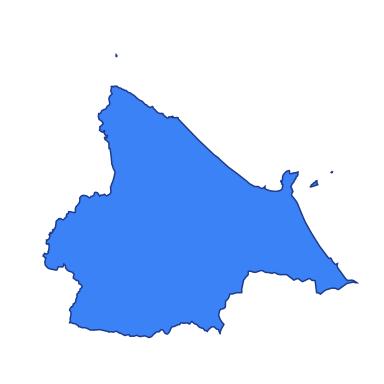 the district of Ky Anh, Ha Tinh, Vietnam, rotated 354°
{"feature_id": "81297802B12468750690576", "entity_name": "Ky Anh", "entity_type": "district", "adm_level": 2, "iso_a3": "VNM", "parent_name": "Vietnam", "parent_adm1": "Ha Tinh", "projection": "robinson", "projection_center": [106.198, 18.11], "detail": "fine", "context": "isolated", "style": "filled", "palette": "blue", "viewbox_px": 384, "rotation_deg": 354, "n_neighbors": 0, "source": "geoboundaries", "source_scale": "gbopen_adm2", "svg_char_len": 5989}
<svg xmlns="http://www.w3.org/2000/svg" viewBox="0 0 384 384"><g transform="rotate(354 192 192)"><path d="M38.3,246.2L38.5,249.5L40.7,252.5L42.6,253.6L48.7,255.5L49.7,255.2L51.2,252.3L55.4,253.1L56.0,252.7L56.7,251.2L56.8,250.2L57.1,250.2L58.3,251.9L58.4,254.5L59.8,256.5L61.0,257.7L64.2,259.1L65.9,261.0L66.2,261.6L65.3,263.5L64.9,265.1L67.9,268.0L69.1,268.0L69.7,268.6L70.0,269.4L70.0,271.5L71.5,272.0L72.7,274.2L72.4,275.5L70.5,276.8L70.2,278.5L69.7,279.2L68.6,279.5L68.5,280.4L66.9,281.6L66.7,282.3L66.8,283.9L65.5,286.4L64.8,289.0L63.2,290.8L62.3,290.8L61.4,293.4L60.1,293.5L58.2,295.7L57.9,296.8L59.0,298.6L58.9,301.2L57.5,305.5L57.6,307.2L56.6,309.2L58.5,309.3L59.4,310.1L62.4,311.0L64.7,313.0L65.3,314.2L66.6,314.4L68.5,315.5L71.6,315.8L73.3,316.6L76.3,318.6L80.0,319.1L85.9,319.2L92.9,321.6L94.0,322.0L94.5,322.6L97.0,322.5L98.7,323.1L102.3,322.6L103.0,322.9L104.1,324.2L106.9,325.4L109.8,327.5L110.8,327.7L113.0,327.2L114.4,327.3L115.1,328.9L119.3,329.3L122.2,328.7L123.6,329.7L125.4,330.4L129.8,330.1L131.2,330.6L133.6,332.1L135.2,332.1L137.4,331.0L139.2,329.2L140.0,329.0L141.8,327.5L144.9,327.5L146.6,325.9L147.4,325.8L148.3,326.0L149.0,326.7L150.2,329.5L152.2,330.7L152.9,330.6L154.9,328.8L156.8,325.4L157.5,324.5L158.7,323.9L160.3,323.9L164.3,322.5L165.7,322.6L167.2,321.1L167.8,320.9L170.0,321.7L173.2,321.6L174.2,321.9L174.8,322.7L176.0,322.9L178.0,320.8L178.4,320.7L180.6,323.2L183.3,324.5L183.9,325.8L185.6,327.5L189.0,329.0L190.3,331.2L191.4,331.2L192.6,332.3L194.0,330.6L197.2,328.3L199.2,328.2L200.0,328.5L202.1,330.9L203.6,331.3L204.1,332.0L204.6,334.5L205.5,336.4L205.2,334.7L206.9,331.2L209.9,327.1L209.5,326.2L208.4,325.1L206.6,321.4L205.6,317.5L206.6,314.1L207.4,312.4L208.4,311.6L211.5,311.2L213.0,310.1L213.4,308.3L214.0,303.9L215.0,303.5L217.3,301.3L219.0,297.4L222.3,297.6L225.1,296.8L230.9,297.3L231.2,296.3L231.1,294.5L234.0,285.3L236.9,282.0L238.5,280.9L239.3,279.8L239.5,277.6L239.7,276.9L240.4,276.7L241.9,276.9L245.4,278.4L247.1,278.5L252.2,277.3L253.5,277.4L256.7,279.6L260.2,280.2L263.1,281.3L265.0,280.7L266.1,280.8L268.2,282.5L270.8,283.4L277.5,284.0L284.1,290.3L287.9,289.1L288.7,289.3L292.2,292.6L293.4,292.5L299.0,290.4L300.0,290.4L302.1,292.4L305.2,293.0L305.4,305.2L307.1,305.5L309.1,307.0L314.4,303.5L320.9,302.2L324.4,302.7L327.2,304.3L328.0,304.0L336.6,299.1L342.9,298.5L345.5,299.4L346.7,299.5L346.2,299.0L345.6,299.0L345.2,298.4L344.5,298.2L344.1,297.4L343.5,297.0L341.6,296.3L339.6,296.4L337.2,296.0L335.8,294.5L328.9,282.4L328.5,280.5L329.2,278.4L327.5,279.0L326.7,278.8L324.3,275.4L323.4,272.6L322.9,272.2L321.0,272.2L313.3,259.4L306.5,245.4L301.5,233.8L299.8,228.5L295.5,213.9L294.2,211.3L290.9,206.1L290.7,205.2L290.8,204.5L292.4,202.1L292.1,201.7L292.2,201.0L291.7,200.8L291.8,199.1L290.6,197.3L291.7,196.1L291.9,195.0L294.3,192.7L295.5,190.7L296.6,189.6L297.1,188.0L298.5,187.1L299.2,185.7L299.2,184.5L299.6,183.2L299.1,183.1L297.5,183.9L296.5,183.5L291.8,184.2L291.0,183.4L291.2,181.6L290.9,180.8L288.8,181.1L287.5,181.8L284.7,184.3L283.6,186.6L283.4,188.8L282.9,190.1L281.7,190.0L281.4,191.2L282.4,191.5L282.1,193.5L283.1,194.1L282.8,195.8L282.3,196.6L282.3,198.2L280.3,199.5L278.7,199.9L275.6,200.2L270.3,199.1L267.1,197.7L265.1,196.5L264.9,196.2L265.2,194.1L263.3,195.5L262.0,195.8L260.7,195.3L258.5,193.5L254.9,193.1L250.1,189.8L247.9,187.3L239.5,179.1L230.7,171.0L223.5,163.1L221.7,160.7L218.1,157.6L204.0,141.1L200.0,136.0L186.0,118.0L185.9,116.7L184.9,116.3L183.7,116.5L180.4,115.9L180.4,115.2L180.9,114.9L180.7,114.7L180.1,115.2L179.4,114.9L178.8,115.4L178.3,115.0L176.6,115.0L176.2,115.9L175.0,115.8L172.1,112.9L171.1,110.9L170.5,111.1L169.8,110.5L169.1,110.7L168.2,110.5L166.4,109.7L162.2,104.4L161.8,102.9L161.3,102.8L159.9,103.5L158.5,103.3L156.3,101.4L155.9,100.6L154.6,100.1L152.4,97.1L151.6,96.3L149.9,95.5L147.6,93.5L144.1,89.5L143.1,88.9L140.8,86.9L138.9,86.2L137.0,84.0L135.5,83.9L134.7,82.9L133.6,82.7L132.2,81.4L129.8,80.5L128.6,79.0L127.9,79.3L127.1,78.6L125.5,78.8L125.0,79.3L124.0,78.6L122.8,78.6L122.9,79.8L121.8,82.6L122.0,84.2L122.9,86.0L120.5,87.9L119.3,89.6L119.1,91.2L119.5,95.2L119.2,96.2L118.5,96.8L116.6,97.9L115.5,99.8L114.8,100.4L111.3,101.3L110.4,102.3L109.4,104.0L108.8,104.3L107.5,104.2L106.9,106.0L106.8,107.5L107.2,110.1L110.0,112.4L110.1,113.5L111.0,114.2L111.1,114.7L107.1,117.6L107.1,120.0L106.5,120.6L106.5,121.0L108.0,122.4L109.5,123.2L110.6,122.1L111.4,121.9L111.6,122.3L110.7,123.3L111.1,125.2L112.5,127.4L113.6,126.8L113.9,127.3L112.7,129.3L110.8,128.5L110.6,128.8L111.0,129.2L110.9,130.6L112.6,132.1L114.5,134.5L114.0,140.1L115.1,140.2L115.1,141.0L115.3,147.4L115.2,156.2L115.7,157.6L116.2,160.4L117.5,163.8L117.4,164.9L115.5,170.4L114.1,173.7L112.8,175.8L112.5,177.0L111.5,178.5L111.3,183.9L109.9,185.6L106.7,186.8L105.9,186.5L104.8,185.1L102.9,185.6L100.5,185.7L99.9,186.4L98.7,184.5L98.2,183.2L96.6,182.3L95.7,182.2L95.0,182.6L94.1,185.0L92.4,185.8L91.1,185.8L90.2,186.8L89.3,187.1L87.0,185.0L83.6,183.9L82.1,184.2L81.0,184.8L79.6,186.4L79.8,187.4L79.3,189.7L78.4,191.4L76.6,193.3L75.1,194.5L74.3,196.4L73.8,200.1L72.8,200.2L68.9,198.9L67.3,198.7L66.6,200.5L65.5,200.7L65.0,201.1L64.6,202.2L65.0,203.0L61.4,206.0L60.6,206.2L58.7,204.8L57.9,204.6L57.3,205.1L56.9,204.6L54.3,206.5L53.7,207.2L53.7,208.2L52.6,212.4L51.0,215.0L50.2,214.7L49.3,215.3L49.9,216.2L48.9,217.0L49.1,217.3L48.9,217.9L47.7,218.1L47.0,217.5L46.3,218.1L46.3,218.5L46.8,218.8L45.4,219.4L46.1,221.1L44.9,223.6L44.5,224.0L43.4,224.3L43.0,224.8L42.2,224.7L42.4,225.5L41.6,227.7L42.3,228.8L43.1,228.6L43.7,229.0L44.1,228.7L44.3,231.0L43.4,235.1L42.6,236.0L42.8,237.4L41.0,238.6L38.9,237.6L38.5,238.5L37.5,239.1L37.3,240.3L38.5,241.2L38.9,241.9L39.8,242.1L38.3,246.2ZM310.9,199.4L317.8,197.9L317.9,197.5L317.2,196.6L317.4,193.9L316.7,193.9L315.0,195.4L314.2,195.5L313.2,196.5L311.7,197.3L310.3,199.2L310.9,199.4ZM131.2,49.4L131.6,48.8L130.9,47.6L130.6,48.8L130.8,49.3L131.2,49.4ZM333.6,187.2L333.8,186.7L333.4,186.4L332.4,187.1L332.7,187.4L333.6,187.2Z" fill="#3b82f6" stroke="#1e3a8a" stroke-width="1.5"/></g></svg>